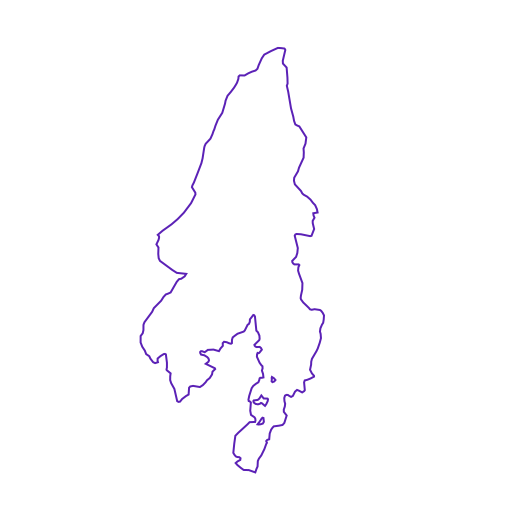 outline of Kyrgyzstan, rotated 292°
{"feature_id": "KGZ", "entity_name": "Kyrgyzstan", "entity_type": "country or territory", "adm_level": 0, "iso_a3": "KGZ", "parent_name": "Asia", "parent_adm1": "", "projection": "orthographic", "projection_center": [73.132, 41.224], "detail": "fine", "context": "isolated", "style": "outline", "palette": "violet", "viewbox_px": 512, "rotation_deg": 292, "n_neighbors": 0, "source": "natural_earth", "source_scale": "50m", "svg_char_len": 4777}
<svg xmlns="http://www.w3.org/2000/svg" viewBox="0 0 512 512"><g transform="rotate(292 256 256)"><path d="M118.8,303.6L120.0,302.8L123.9,302.1L131.8,301.5L134.5,302.1L137.5,303.8L139.8,305.5L142.1,305.5L143.9,305.2L144.7,305.6L145.3,307.1L146.2,308.4L149.3,306.7L152.0,304.4L154.2,304.2L156.2,303.3L156.8,301.8L158.4,299.3L162.9,294.6L165.2,293.8L166.7,293.8L166.7,294.6L167.4,295.3L171.3,296.5L172.5,295.2L173.1,293.5L171.8,290.7L171.8,289.5L172.3,288.4L173.0,287.8L179.2,290.5L180.5,290.4L183.4,289.0L186.0,286.4L186.9,284.3L199.5,277.7L200.4,276.5L200.3,275.6L195.0,274.1L192.6,274.9L190.4,274.9L189.1,274.0L182.7,273.5L181.3,272.9L177.0,268.0L174.1,266.2L171.8,264.9L169.3,265.1L166.2,266.3L165.3,265.7L165.0,263.7L165.1,261.2L164.5,258.5L162.7,257.8L160.3,258.9L156.9,257.7L153.9,257.3L153.3,251.6L152.1,249.1L150.9,246.5L149.7,245.8L147.6,244.5L147.5,241.5L147.1,240.6L146.3,240.2L145.3,240.5L144.0,242.0L144.6,245.3L144.0,248.7L143.2,250.3L141.7,251.5L140.1,251.5L137.2,249.8L136.5,259.9L135.9,260.5L132.5,259.0L129.7,259.6L125.5,258.8L122.4,257.1L120.1,256.6L116.4,255.1L113.5,253.1L112.0,246.3L110.4,243.9L108.8,243.3L102.3,245.4L100.0,243.6L95.8,241.1L92.5,240.1L91.7,238.8L91.9,237.3L102.2,230.1L106.3,225.0L108.8,222.9L112.4,221.5L115.2,220.8L116.7,216.0L117.3,215.5L119.2,215.2L123.7,213.4L131.0,209.3L131.1,208.2L130.5,207.2L127.5,205.0L124.1,203.2L122.0,204.0L120.8,204.9L118.9,202.6L119.0,200.4L121.3,196.5L123.1,194.6L123.9,190.9L126.6,188.4L129.3,184.5L132.6,181.4L138.6,179.0L141.9,179.9L145.1,179.4L149.9,177.5L150.9,177.4L152.9,177.4L165.3,180.6L169.4,180.8L179.0,184.8L183.4,185.6L186.6,186.8L188.0,188.4L190.2,190.5L202.4,192.2L205.7,193.3L206.9,195.2L210.4,197.5L213.3,198.0L210.7,188.9L211.7,183.6L215.5,168.8L217.5,166.6L221.3,164.6L227.3,162.4L229.5,159.3L234.4,159.6L236.6,159.3L238.0,158.7L238.8,157.0L244.4,159.9L253.7,165.8L260.8,169.5L269.1,172.9L280.7,176.0L290.4,176.8L292.0,176.0L295.8,170.8L297.6,170.6L300.9,170.9L311.2,170.8L321.6,170.6L326.5,169.9L337.1,167.4L338.7,167.2L341.2,167.3L347.7,169.8L352.5,170.0L355.8,169.8L357.7,169.9L361.6,169.6L368.1,169.6L376.1,171.1L385.7,170.2L388.7,169.6L394.0,169.6L398.4,171.1L403.9,172.6L407.3,173.2L409.6,173.5L413.6,173.3L415.9,172.6L417.4,173.3L419.1,177.8L422.6,180.5L425.4,183.2L427.8,186.1L430.1,187.2L434.0,187.0L441.5,187.3L445.8,188.2L451.7,193.2L457.1,198.3L458.1,201.2L459.0,204.6L458.6,205.4L458.0,206.0L447.0,207.7L444.5,208.9L442.2,213.8L433.0,218.4L427.7,220.7L425.4,220.8L420.4,224.3L406.1,233.1L399.1,238.4L395.5,240.7L392.7,243.2L392.4,245.5L392.4,247.6L384.8,258.2L378.7,259.8L373.5,259.8L370.0,261.5L365.0,263.3L354.0,262.8L350.2,263.2L342.9,262.1L340.0,263.0L337.0,265.2L333.1,273.4L331.4,275.4L330.7,277.2L330.2,281.2L328.7,285.4L326.7,288.7L325.3,291.8L322.3,294.9L319.4,296.8L317.1,293.1L315.1,294.2L313.4,295.9L309.8,295.4L307.7,296.3L302.8,299.8L295.5,299.9L294.7,298.8L293.0,289.6L291.6,285.3L290.6,284.4L289.3,284.3L279.0,291.8L274.2,293.2L270.2,293.5L265.0,291.4L263.9,292.0L263.0,293.2L262.6,294.7L264.2,298.7L263.8,299.6L261.5,299.5L258.2,300.5L255.7,302.5L248.3,309.2L242.0,311.5L236.1,312.5L233.6,313.2L232.6,314.0L230.6,317.2L228.6,322.2L227.6,324.6L226.8,326.0L227.0,327.8L228.6,330.2L229.9,335.5L229.6,336.9L228.3,339.1L226.4,341.3L222.4,342.6L219.2,343.3L217.1,342.9L213.1,342.8L209.9,343.6L208.0,345.1L204.2,347.0L199.4,347.6L193.3,347.9L190.4,347.7L181.6,346.4L178.7,346.8L175.9,347.8L170.8,348.7L168.1,351.8L166.7,354.6L165.9,355.0L162.8,352.4L160.4,349.9L158.9,347.8L156.9,347.9L149.9,351.5L148.8,351.3L146.8,349.9L147.2,346.4L147.2,344.2L144.9,343.0L140.1,342.6L138.5,341.3L138.7,339.4L139.1,337.6L138.6,336.2L137.4,335.2L134.9,335.4L132.0,336.8L129.9,338.4L127.2,339.1L124.0,339.3L121.9,340.2L119.6,344.2L111.8,344.8L109.3,343.9L107.3,340.9L104.7,336.3L103.2,335.7L100.7,335.1L96.6,335.2L91.0,336.9L89.7,335.3L88.2,334.8L86.9,336.1L85.6,335.9L80.1,336.1L73.1,335.6L69.2,334.6L66.6,334.5L61.4,336.3L58.7,336.2L55.1,336.4L54.8,329.5L53.0,324.7L53.8,321.5L55.2,317.1L56.4,314.7L58.6,315.8L61.0,317.8L62.7,317.4L63.2,315.9L62.6,313.9L62.6,312.4L63.6,310.5L65.0,308.7L74.0,306.1L81.6,304.2L85.5,305.8L93.0,309.4L96.8,311.2L99.5,312.3L101.8,317.3L103.4,317.1L105.0,316.2L105.9,315.0L106.8,310.9L110.4,308.6L118.3,306.1L118.9,304.5L118.8,303.6ZM127.7,320.8L128.1,320.1L126.8,316.5L128.7,313.2L125.0,312.5L123.2,311.5L121.2,308.0L120.5,307.9L119.3,308.8L118.7,311.0L119.2,313.4L120.6,315.1L121.6,315.6L121.7,316.5L120.4,320.5L122.4,321.0L125.8,321.2L127.7,320.8ZM108.6,323.6L108.5,322.6L107.3,322.1L103.6,321.4L101.0,320.6L100.5,320.5L100.7,321.5L101.7,323.3L103.2,325.1L105.2,325.4L108.6,323.6ZM149.4,318.4L149.8,316.1L148.8,316.2L147.8,316.8L145.7,317.4L145.2,318.5L146.5,319.9L148.3,320.5L149.4,318.4Z" fill="none" stroke="#5b21b6" stroke-width="2"/></g></svg>